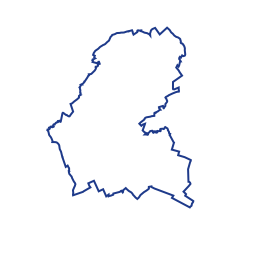 outline of Abram, Bihor, Romania, rotated 343°
{"feature_id": "2599482B62874719700272", "entity_name": "Abram", "entity_type": "district", "adm_level": 2, "iso_a3": "ROU", "parent_name": "Romania", "parent_adm1": "Bihor", "projection": "albers", "projection_center": [22.416, 47.314], "detail": "fine", "context": "isolated", "style": "outline", "palette": "blue", "viewbox_px": 256, "rotation_deg": 343, "n_neighbors": 0, "source": "geoboundaries", "source_scale": "gbopen_adm2", "svg_char_len": 5759}
<svg xmlns="http://www.w3.org/2000/svg" viewBox="0 0 256 256"><g transform="rotate(343 128 128)"><path d="M169.1,216.9L162.9,209.5L164.2,208.2L162.5,205.1L169.4,201.1L171.4,199.7L171.4,198.4L170.8,197.4L170.1,197.1L173.4,185.0L177.3,179.0L178.0,178.1L178.4,177.8L178.7,177.0L173.6,172.4L168.0,168.7L170.0,165.5L163.6,161.5L167.7,155.4L167.5,155.2L166.2,148.7L166.0,147.6L165.7,147.0L165.8,146.7L165.9,146.4L166.3,146.3L166.6,146.0L166.5,145.9L166.0,145.3L165.8,144.9L165.8,144.5L166.0,144.0L166.0,143.4L165.5,141.9L165.7,141.6L165.6,140.0L163.9,138.0L163.3,138.2L162.8,138.9L162.1,139.4L161.7,139.4L160.9,138.8L159.0,138.4L158.5,138.5L158.4,138.6L158.3,139.0L158.5,139.8L158.5,140.2L158.3,140.4L158.0,140.5L157.7,140.4L157.2,140.0L155.9,139.9L155.6,139.7L155.3,139.4L155.2,139.4L154.7,140.7L154.3,140.8L154.0,140.8L153.3,140.4L153.4,139.3L152.2,138.9L152.0,139.0L151.4,139.9L150.9,140.0L150.5,139.5L150.5,139.3L150.5,138.2L150.6,137.9L150.4,137.7L148.7,137.5L148.0,137.6L147.6,138.0L146.6,138.6L145.7,138.7L145.5,138.9L145.3,140.0L145.0,140.2L144.7,140.2L143.3,139.4L142.2,139.1L143.9,138.1L142.5,136.8L141.3,134.6L143.2,132.1L145.2,129.4L145.5,128.9L142.9,129.1L141.4,129.8L140.1,127.2L141.8,126.3L145.8,124.8L146.4,124.4L146.5,124.0L147.6,123.3L149.0,123.2L152.8,123.7L154.0,123.6L155.1,123.8L156.7,124.1L157.6,121.4L157.8,121.3L158.7,121.6L158.8,121.2L161.2,120.9L163.7,119.9L164.3,120.0L163.5,117.8L163.8,117.5L163.8,117.1L167.9,117.1L168.0,117.8L167.9,118.5L167.7,118.9L167.8,119.4L167.9,119.6L168.0,119.6L168.2,119.1L169.1,118.6L170.1,117.9L170.5,116.9L170.7,116.1L173.0,114.4L173.4,113.7L173.3,113.0L173.2,111.3L172.9,110.8L172.7,109.8L173.3,109.4L175.5,109.0L176.5,108.6L180.8,108.0L184.3,107.7L186.3,107.8L187.2,108.1L187.6,107.5L187.7,106.3L188.3,104.1L183.6,104.6L182.5,104.1L182.5,103.5L184.5,97.1L195.0,93.7L193.7,89.7L193.3,87.8L191.8,84.3L193.6,82.4L194.3,84.1L195.1,83.3L197.3,79.5L197.9,79.7L197.7,78.6L197.1,76.9L197.7,75.7L198.5,75.1L198.9,75.7L198.9,76.2L199.1,76.3L201.0,74.4L201.7,75.3L202.1,75.5L203.5,75.4L203.9,75.0L204.3,74.2L205.0,70.4L205.7,68.3L205.7,66.2L205.2,64.7L205.3,64.4L204.7,63.3L204.4,62.9L203.8,62.7L203.5,62.3L203.4,61.7L203.8,60.8L203.9,59.4L203.8,58.9L203.9,58.2L203.6,57.6L202.3,56.0L200.7,54.9L199.3,53.1L198.4,50.9L197.4,49.5L197.1,48.8L196.6,46.8L196.4,46.3L194.7,43.5L185.7,47.8L183.2,40.2L180.2,40.5L178.5,41.4L177.9,42.4L176.7,44.1L176.3,46.0L175.7,44.4L174.9,43.8L174.0,42.9L171.6,41.6L169.8,39.9L168.7,39.2L169.1,38.5L166.7,38.0L166.4,37.6L165.9,37.5L165.5,37.6L165.4,38.2L165.1,38.4L164.9,39.0L160.6,40.3L160.5,39.2L160.4,38.3L160.6,37.3L160.4,35.7L158.3,35.7L156.7,35.5L156.6,35.8L155.3,35.4L152.0,35.5L149.0,34.7L148.2,34.7L145.3,34.0L144.8,34.0L142.8,34.4L140.1,34.4L139.7,34.9L137.9,35.9L135.6,38.6L134.9,39.1L133.7,39.5L130.8,41.0L129.8,41.3L128.8,41.3L125.4,42.2L124.6,42.5L122.8,43.5L119.6,44.5L118.9,44.9L117.2,46.3L116.0,47.9L117.4,49.2L116.5,50.2L116.3,50.7L117.0,51.8L116.0,51.9L114.6,52.5L114.2,52.2L113.8,52.7L114.2,53.0L113.9,53.9L113.4,54.5L116.7,56.6L117.2,57.1L117.9,56.6L118.3,56.7L119.1,57.3L119.1,56.3L119.2,56.1L119.6,56.2L119.7,58.3L119.0,58.3L117.9,58.7L117.4,59.7L117.0,60.0L116.0,60.1L115.3,60.0L115.3,60.4L114.9,60.5L115.1,61.0L114.2,62.3L113.0,63.3L110.9,64.4L108.8,65.5L107.7,65.5L106.3,65.2L106.3,65.7L105.9,66.0L106.0,66.3L104.8,66.8L104.3,67.5L100.5,70.6L99.9,70.7L99.7,70.9L99.7,71.3L97.5,72.6L96.8,72.6L96.8,72.9L96.3,72.6L95.6,72.8L95.8,73.0L95.6,73.3L94.8,73.9L94.3,74.6L94.2,74.5L93.5,75.0L93.7,75.4L93.6,75.9L93.5,76.6L93.6,77.0L93.4,77.5L93.4,78.2L92.7,79.9L92.6,80.2L92.9,80.8L92.7,81.0L92.7,81.3L92.1,82.0L92.1,82.3L92.3,82.5L90.6,82.9L90.4,83.2L90.0,84.6L89.4,84.9L87.7,85.7L84.3,86.9L81.7,88.1L80.1,88.2L80.3,96.3L77.5,98.2L75.6,99.7L75.2,99.7L74.9,99.6L74.0,98.8L73.2,97.6L72.7,97.6L71.7,96.3L70.9,95.1L70.5,94.6L70.2,94.4L69.9,94.5L69.6,94.8L65.5,102.3L65.3,102.4L64.9,102.2L64.8,101.6L64.5,101.0L63.9,101.0L63.7,101.1L63.0,100.9L62.9,101.2L62.9,101.5L62.7,101.9L61.9,101.9L61.6,101.7L61.4,101.7L60.9,102.0L60.5,102.0L60.2,102.3L59.6,102.5L58.9,103.2L58.2,102.8L57.9,102.9L57.8,103.2L57.3,103.4L57.1,103.7L57.0,103.9L57.1,104.4L57.3,104.7L57.4,104.9L57.2,105.1L56.9,105.1L56.8,104.7L56.4,104.5L56.1,104.5L55.9,105.1L55.7,105.1L55.4,104.8L55.2,104.3L55.0,104.1L54.4,104.1L54.3,104.3L54.4,104.5L53.9,104.8L53.5,104.6L52.6,104.6L52.6,104.9L53.1,105.3L52.9,105.8L52.3,105.9L52.1,106.2L50.8,105.9L50.6,105.9L50.4,106.3L50.3,106.5L50.5,106.6L50.8,108.3L50.6,111.2L50.6,111.7L50.9,112.6L51.5,114.1L51.8,115.6L52.0,118.0L52.0,118.5L51.5,119.3L54.2,120.2L55.2,120.7L55.7,121.1L56.0,121.5L56.7,122.7L57.1,124.1L57.1,124.8L56.6,128.0L56.6,128.5L57.0,130.9L57.0,131.7L56.7,136.7L56.9,136.7L56.8,138.4L57.1,147.0L59.3,146.3L59.4,146.7L59.6,148.3L59.9,149.2L59.6,150.4L59.2,151.3L59.2,151.9L58.8,151.8L58.5,153.3L58.5,154.9L59.0,155.8L59.2,156.6L59.8,157.7L59.9,158.3L59.9,159.5L60.6,163.5L61.1,164.7L61.3,166.3L60.1,168.1L59.3,168.9L57.2,171.4L57.1,171.8L56.7,174.0L55.9,175.7L55.8,176.3L66.2,175.9L67.3,175.5L74.7,173.8L74.1,172.0L73.9,169.3L80.0,168.5L81.5,180.0L86.3,179.3L87.2,187.0L90.0,186.0L89.6,187.6L90.2,187.5L91.8,187.7L92.4,187.6L94.3,187.5L94.8,186.4L101.5,186.7L102.9,186.1L103.3,186.1L103.6,187.2L104.1,187.5L104.2,188.0L104.6,187.7L105.0,186.2L108.3,184.8L108.7,185.7L110.1,188.0L110.6,188.7L112.1,190.3L112.5,190.9L113.1,192.3L113.3,193.4L113.7,194.1L115.0,196.9L115.8,197.9L116.1,198.5L116.6,198.2L117.2,198.2L118.9,197.0L120.1,195.9L120.7,195.6L124.5,194.0L127.5,193.2L130.0,192.3L130.3,192.0L130.4,191.5L130.5,190.9L130.7,190.4L133.3,190.7L133.2,191.1L133.4,191.5L135.6,193.6L151.6,205.9L149.6,207.7L163.9,222.0L164.7,221.4L165.9,221.0L166.1,220.8L167.0,219.1L168.6,217.8L168.9,217.4L169.1,216.9Z" fill="none" stroke="#1e3a8a" stroke-width="2"/></g></svg>